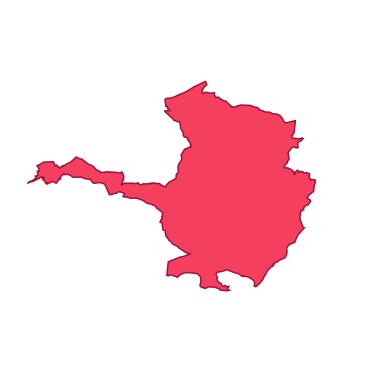 the district of Nicolás Bravo, Puebla, Mexico, rotated 53°
{"feature_id": "50627088B2780893522991", "entity_name": "Nicolás Bravo", "entity_type": "district", "adm_level": 2, "iso_a3": "MEX", "parent_name": "Mexico", "parent_adm1": "Puebla", "projection": "natural_earth1", "projection_center": [-97.351, 18.613], "detail": "fine", "context": "isolated", "style": "filled", "palette": "rose", "viewbox_px": 384, "rotation_deg": 53, "n_neighbors": 0, "source": "geoboundaries", "source_scale": "gbopen_adm2", "svg_char_len": 6044}
<svg xmlns="http://www.w3.org/2000/svg" viewBox="0 0 384 384"><g transform="rotate(53 192 192)"><path d="M113.6,255.2L110.8,255.9L107.5,258.0L99.4,260.2L98.0,261.6L97.0,262.1L96.4,262.7L95.1,262.8L94.3,263.5L95.0,268.8L94.9,271.5L94.4,274.1L94.0,278.3L93.1,279.3L93.9,279.9L92.9,281.2L93.5,281.9L93.3,283.3L91.3,283.5L91.1,284.0L89.1,283.7L88.8,285.5L84.4,284.5L78.8,292.5L78.6,295.7L77.8,299.9L81.1,300.2L82.0,300.0L83.2,302.0L82.3,303.0L86.0,305.1L85.0,307.6L87.0,307.7L86.9,312.9L86.1,314.7L85.9,316.2L85.9,317.2L86.2,317.5L86.6,315.3L87.7,313.0L89.7,302.0L90.3,302.4L91.1,301.8L90.9,304.0L91.5,302.5L92.8,302.7L92.6,303.5L95.3,303.1L97.3,303.6L97.6,302.1L98.6,302.7L99.6,297.1L103.2,295.2L102.1,291.0L101.9,291.1L101.2,289.9L102.3,289.3L101.5,289.1L101.0,288.2L100.6,286.8L100.5,283.1L101.9,283.0L102.4,281.5L103.5,280.3L105.5,279.1L108.3,278.4L109.2,277.6L110.2,275.7L112.7,272.7L112.7,271.9L116.5,269.8L120.5,265.9L125.8,265.4L126.1,264.7L127.0,263.7L127.7,261.8L130.3,258.7L133.3,257.0L144.5,259.6L144.7,259.0L145.4,258.1L146.9,253.8L147.5,253.2L147.4,251.5L148.4,249.5L150.0,248.3L152.3,247.0L152.9,246.9L153.8,249.3L154.3,249.8L155.5,248.7L156.7,247.1L157.5,246.8L160.6,244.2L162.5,241.2L164.9,238.9L167.7,237.3L168.3,236.6L174.3,234.5L176.5,232.3L181.0,229.8L184.4,229.9L185.2,229.1L187.1,228.9L190.4,227.9L193.5,230.1L193.3,230.8L195.7,232.6L195.5,233.5L196.8,235.7L198.8,234.6L204.8,238.0L205.9,237.0L206.9,236.7L210.5,239.0L212.0,239.3L214.8,239.2L216.1,239.5L217.4,239.4L218.8,238.6L220.7,238.8L222.6,238.5L226.2,236.5L229.0,236.1L232.1,234.8L236.1,233.6L240.3,230.8L239.5,233.8L239.1,234.1L239.1,235.0L238.2,237.8L236.8,240.7L233.5,253.0L243.5,262.3L244.0,261.6L244.7,261.4L245.2,259.1L246.2,258.1L248.9,256.5L250.4,255.0L251.3,255.2L250.9,251.2L252.0,246.8L253.8,244.0L260.0,237.1L262.7,236.4L264.8,236.4L265.9,236.8L268.6,238.5L271.6,242.1L274.0,241.8L274.4,241.6L274.8,240.3L276.5,240.2L277.4,238.0L277.5,235.9L278.4,235.2L280.0,233.3L280.3,232.4L283.3,230.0L284.7,229.3L285.6,228.3L286.5,228.6L287.8,228.1L292.1,223.3L292.9,221.3L291.7,222.1L291.0,222.1L290.3,221.4L289.8,219.7L289.5,219.4L288.6,221.4L286.6,221.6L286.4,223.1L285.3,224.4L282.7,223.7L280.9,224.8L278.6,225.1L277.0,224.8L275.6,223.1L272.7,222.7L271.7,221.7L271.3,219.9L272.5,217.9L274.4,213.4L274.7,211.3L276.9,209.5L277.5,209.5L278.2,208.8L280.9,207.4L281.1,207.0L282.3,206.4L284.7,204.3L289.7,202.7L289.6,200.7L290.1,201.7L292.8,198.9L296.0,197.2L298.7,196.3L300.4,196.1L301.7,196.3L304.8,199.1L305.8,198.2L306.2,196.9L305.9,196.1L305.9,193.7L304.5,188.0L303.4,186.7L303.1,184.9L302.3,183.8L302.2,182.8L300.7,180.2L300.1,178.4L299.4,173.6L299.1,172.7L300.0,172.4L299.6,171.5L299.2,171.7L299.3,170.3L299.0,169.8L298.2,169.8L299.1,166.2L299.0,163.5L300.4,157.7L299.3,154.5L296.5,151.7L295.2,151.2L293.5,149.8L292.3,145.5L292.9,144.8L294.0,140.0L291.2,135.8L290.9,134.6L289.7,132.7L289.6,129.9L288.8,127.7L288.3,124.1L288.0,124.6L284.4,123.8L279.3,122.2L277.1,121.0L275.4,119.2L274.6,119.0L272.6,115.6L273.5,113.5L272.0,112.7L271.4,110.6L271.5,107.5L272.2,107.1L270.7,102.6L269.5,102.5L265.9,103.8L264.7,99.9L264.7,94.6L261.4,91.4L260.2,90.6L259.8,89.3L257.0,86.4L256.0,86.7L255.1,87.5L254.3,89.3L253.8,89.9L253.4,89.9L253.2,89.4L252.0,89.8L249.8,89.0L248.6,87.2L247.8,87.2L245.4,89.0L244.2,91.4L242.3,91.3L242.0,92.1L240.2,93.7L240.3,94.9L238.1,94.6L238.2,96.9L239.4,98.6L239.7,99.6L238.9,99.8L237.9,99.0L237.7,98.4L236.3,99.3L235.1,98.7L231.0,100.6L229.8,101.6L228.4,103.8L227.7,103.6L226.2,100.6L226.0,98.4L224.9,97.2L224.5,95.4L223.7,94.4L218.4,91.6L217.8,90.1L217.8,89.1L217.4,88.9L217.1,88.3L216.7,85.6L216.9,84.4L217.5,83.3L219.4,82.3L219.6,81.6L220.2,81.2L220.4,80.7L220.0,80.1L218.5,79.6L216.3,77.8L216.1,77.3L216.7,74.4L216.2,71.0L215.2,71.5L213.7,75.1L210.6,78.0L209.2,79.0L207.1,78.9L207.0,77.0L205.7,74.3L197.2,66.5L193.8,74.5L192.7,75.6L191.4,76.2L190.4,76.2L186.6,75.5L183.5,75.8L181.2,77.1L177.9,80.6L175.0,81.9L172.2,85.4L169.9,86.5L167.3,88.5L164.0,88.8L161.5,91.2L159.4,92.2L157.7,93.6L151.6,101.1L149.5,107.5L147.3,109.0L147.0,109.6L146.4,109.0L146.1,109.1L143.4,109.9L143.1,109.8L140.2,110.2L140.1,110.5L139.2,110.7L138.3,111.7L134.1,113.5L132.7,113.7L131.4,114.7L131.3,115.4L130.4,116.5L126.9,114.9L126.2,114.3L125.1,116.6L124.1,117.6L123.3,118.9L122.4,119.2L120.2,121.5L120.1,122.4L120.3,122.5L119.8,124.1L119.0,124.6L116.9,122.4L116.0,120.6L115.5,118.9L115.1,115.4L111.8,114.7L109.3,126.9L108.3,136.8L105.2,149.5L104.3,152.3L101.8,156.2L101.8,157.9L107.9,161.4L108.5,160.3L110.8,161.3L111.5,160.3L113.5,160.7L110.9,165.1L111.5,165.2L115.2,164.5L116.0,164.1L117.1,164.2L121.9,163.2L123.5,163.4L124.4,162.7L124.8,162.7L124.8,162.3L127.2,161.3L127.9,160.2L129.8,159.8L130.3,160.3L130.8,160.4L130.8,160.7L134.6,162.9L139.0,163.2L140.0,163.6L140.3,164.2L141.9,165.0L142.5,164.8L143.1,165.0L144.4,164.3L144.6,163.6L145.0,163.7L146.3,163.1L148.2,164.1L149.2,163.9L151.6,164.0L152.6,164.2L153.0,164.6L153.5,164.4L154.5,164.8L154.5,165.9L155.3,166.2L154.7,166.9L154.0,171.1L153.4,171.3L153.8,173.7L154.7,175.0L155.8,178.4L157.9,179.4L158.4,179.4L159.7,180.4L159.7,180.9L160.8,182.5L161.2,184.7L163.3,187.9L165.5,189.5L167.3,190.4L168.3,192.1L168.4,193.4L168.8,194.3L170.4,195.6L171.3,196.0L171.2,200.1L170.4,204.1L170.8,206.2L170.7,206.9L171.1,208.7L172.2,209.5L171.3,210.5L169.4,211.5L168.5,212.4L167.3,212.4L165.3,213.1L164.5,214.6L163.3,215.5L163.2,216.6L161.7,216.9L161.4,218.0L160.2,219.7L160.5,220.4L159.4,220.7L159.0,222.4L158.2,223.2L157.0,225.2L156.3,225.5L155.8,227.9L155.2,228.8L153.0,229.8L152.3,229.5L152.0,229.8L151.5,231.8L150.2,232.9L150.1,233.6L148.4,235.0L146.8,237.5L146.8,237.9L145.5,239.0L144.5,240.5L144.0,242.2L144.2,244.8L143.8,243.7L143.6,243.7L142.8,242.5L142.3,242.2L142.1,241.1L141.6,240.3L140.6,239.9L140.2,239.4L140.3,238.8L139.1,237.5L136.7,236.5L133.8,235.9L133.6,238.1L130.4,241.0L128.6,243.0L128.5,243.6L127.5,244.3L127.5,244.8L126.6,246.1L126.1,246.1L124.7,247.4L124.4,248.4L121.7,253.2L120.5,252.9L118.9,254.1L118.2,254.1L116.0,255.1L113.6,255.2Z" fill="#f43f5e" stroke="#9f1239" stroke-width="1.5"/></g></svg>